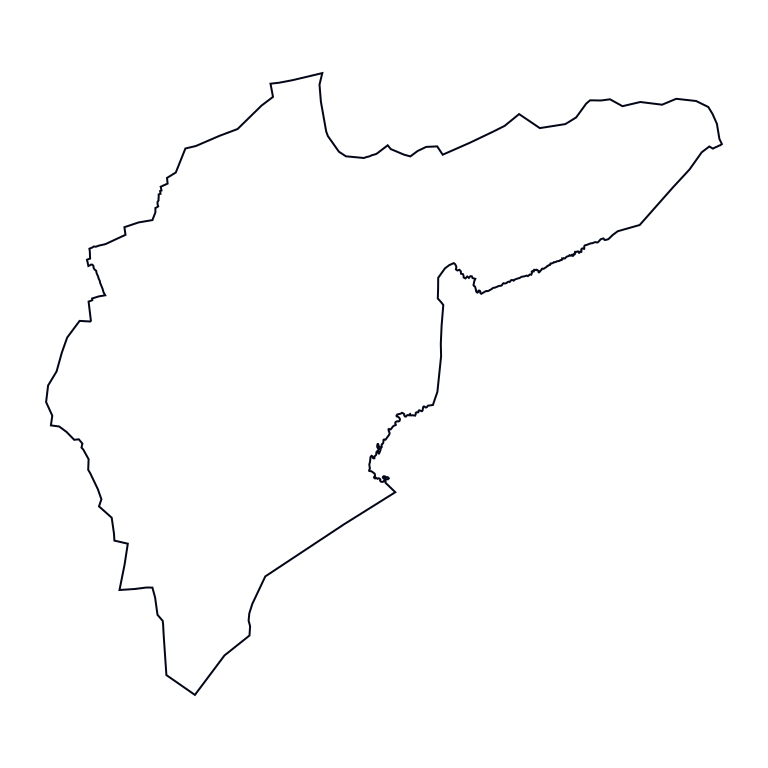 Kiyawa, Jigawa, Nigeria
{"feature_id": "59680162B95265909286240", "entity_name": "Kiyawa", "entity_type": "district", "adm_level": 2, "iso_a3": "NGA", "parent_name": "Nigeria", "parent_adm1": "Jigawa", "projection": "equal_earth", "projection_center": [9.668, 11.797], "detail": "fine", "context": "isolated", "style": "outline", "palette": "ink", "viewbox_px": 768, "rotation_deg": 0, "n_neighbors": 0, "source": "geoboundaries", "source_scale": "gbopen_adm2", "svg_char_len": 6061}
<svg xmlns="http://www.w3.org/2000/svg" viewBox="0 0 768 768"><path d="M395.3,492.2L385.5,482.8L385.6,479.5L385.9,479.0L386.6,479.3L388.0,479.2L388.8,478.4L388.4,477.7L387.6,477.2L385.6,477.0L385.0,476.4L383.8,476.2L383.0,476.8L382.8,477.4L383.2,478.0L384.2,478.3L384.5,479.0L383.9,481.2L383.0,481.8L381.9,481.9L381.2,481.7L380.5,481.3L380.1,480.5L380.4,479.7L380.1,479.1L379.2,478.4L378.3,478.3L377.6,478.8L376.2,477.9L375.5,478.4L374.7,478.3L374.0,477.5L374.2,476.8L375.0,476.5L374.9,474.5L374.6,473.6L371.5,471.3L369.3,471.0L369.1,470.2L369.9,468.6L369.3,464.5L370.0,461.9L370.1,460.5L370.3,459.4L370.5,457.1L371.5,455.8L372.2,456.1L372.7,457.6L373.1,458.1L373.9,458.4L374.4,458.3L374.5,458.0L374.3,456.9L374.4,456.5L375.7,455.4L376.1,454.8L376.3,454.2L376.4,452.4L376.5,452.0L377.6,450.8L377.9,450.7L378.1,451.0L378.1,451.9L378.4,453.1L378.7,453.5L379.1,453.5L380.4,450.4L380.6,449.1L380.3,448.7L378.8,449.2L378.2,448.8L378.0,448.1L377.4,447.5L377.2,446.5L377.3,444.9L377.7,444.0L378.0,444.0L378.8,446.3L380.4,447.4L381.4,447.6L381.7,447.2L381.6,444.8L381.9,444.2L382.6,443.8L383.1,443.1L383.4,441.9L383.5,439.9L384.2,439.4L385.1,439.8L385.6,439.6L389.0,434.9L389.5,433.9L389.6,433.0L388.8,431.1L388.5,429.6L388.6,429.1L389.1,428.9L390.2,429.5L391.0,429.1L393.0,426.4L394.2,425.6L395.7,425.1L395.8,424.7L395.3,423.5L395.3,422.7L395.5,422.2L396.6,421.4L397.3,421.2L398.1,421.5L398.9,421.3L399.5,420.9L399.9,420.0L399.9,419.1L399.6,418.3L398.4,417.0L397.7,416.6L396.9,416.5L396.5,416.0L396.6,415.4L397.3,414.5L401.1,413.5L401.9,412.8L402.4,412.9L404.2,414.1L404.3,415.6L405.2,416.6L405.8,416.6L407.0,415.4L407.5,415.1L409.3,415.3L409.7,414.2L410.1,414.0L410.4,415.0L410.9,415.4L411.3,415.5L411.9,415.2L415.2,415.6L415.7,414.0L415.8,412.9L416.5,412.3L418.1,412.4L418.4,412.1L418.5,411.1L418.8,410.6L419.2,410.3L421.8,411.2L422.3,410.9L422.6,410.3L423.2,407.0L423.7,406.5L424.6,406.6L425.5,407.5L426.8,407.2L427.9,405.7L432.9,405.0L437.4,391.8L441.1,356.2L440.8,343.6L441.6,325.7L443.3,305.0L440.8,301.8L437.8,298.5L438.1,289.0L438.2,277.8L445.0,268.3L449.3,265.1L453.8,263.1L455.3,264.4L456.4,266.9L455.9,269.4L457.4,270.5L459.4,269.8L460.8,271.3L461.0,273.7L463.0,274.2L463.5,275.5L463.7,277.5L465.4,278.4L467.2,276.5L468.9,277.9L470.3,276.2L471.8,276.3L472.6,278.1L475.3,278.8L474.3,281.1L473.5,285.1L474.0,286.0L475.0,286.5L475.9,289.7L476.2,291.6L477.2,292.6L478.1,292.2L478.4,290.8L479.0,290.5L479.5,290.7L480.0,291.0L480.3,291.5L480.2,292.4L480.6,293.3L481.3,293.8L485.7,291.2L486.4,291.0L487.0,291.2L488.6,290.8L491.7,289.0L493.1,287.9L495.0,287.6L499.1,285.9L500.9,285.8L501.8,285.3L503.0,283.5L503.6,283.2L504.4,283.5L505.7,283.3L506.5,283.1L507.4,282.1L508.7,281.7L509.6,282.0L511.2,280.1L512.5,280.2L513.0,280.0L513.7,280.6L514.1,280.3L514.3,279.9L514.8,279.6L516.7,278.8L519.6,278.0L521.5,276.8L524.1,276.4L526.7,275.6L527.9,276.1L529.9,274.5L531.3,274.7L531.9,273.0L531.7,271.9L532.0,271.4L532.7,271.0L533.4,271.5L533.8,271.4L533.9,270.3L534.2,269.8L534.7,270.1L536.6,269.7L537.2,270.3L537.5,270.2L538.4,270.9L538.8,271.5L538.6,271.9L538.6,272.2L538.9,272.4L540.0,271.5L540.3,270.9L541.4,269.9L541.9,268.9L542.4,268.6L543.6,268.8L546.4,267.0L547.6,265.8L548.1,265.8L549.1,265.1L549.8,265.0L550.1,264.8L550.4,263.6L550.7,263.4L551.3,263.6L553.2,262.8L553.8,262.4L554.0,262.1L554.7,262.3L556.4,261.7L557.1,261.2L559.1,261.0L560.4,260.1L560.8,260.3L562.0,259.7L562.1,259.4L562.2,258.6L562.7,258.9L563.4,258.2L564.3,258.5L565.2,258.2L565.5,257.7L566.7,256.7L568.7,256.0L569.4,255.3L569.9,255.7L570.6,255.7L570.8,255.4L571.8,254.8L572.6,254.9L572.5,255.8L572.9,255.9L573.3,255.1L573.6,254.9L573.7,254.3L574.4,254.6L574.8,254.2L574.9,253.8L575.0,252.9L574.9,252.2L575.1,251.8L575.5,251.9L575.5,252.6L576.2,251.9L577.9,251.4L578.1,251.8L578.8,252.1L579.1,252.8L579.4,252.7L579.7,251.9L580.0,251.7L580.4,251.6L581.1,252.0L581.4,251.8L581.4,251.3L581.3,249.3L582.3,248.4L584.1,248.9L584.3,248.4L584.2,246.8L584.3,246.2L584.7,245.5L585.1,245.3L586.8,244.9L590.5,243.4L592.4,243.2L593.7,242.6L595.7,242.1L597.1,242.5L597.7,242.4L598.3,241.9L600.7,239.3L602.5,238.6L603.5,238.5L604.5,239.9L605.3,240.0L608.3,239.2L612.8,234.9L617.8,231.2L639.7,225.0L673.1,187.2L689.5,169.5L701.7,152.3L709.3,146.5L712.9,148.6L715.2,147.4L717.1,146.7L718.8,145.7L720.0,145.4L721.9,144.1L719.4,138.9L716.9,123.8L712.5,113.9L708.3,107.0L696.1,101.0L676.2,98.8L662.1,104.7L640.3,102.0L622.5,106.2L610.0,99.3L601.0,100.5L590.1,100.3L586.2,103.6L576.2,117.4L565.3,124.1L539.8,128.1L519.1,114.1L504.6,125.9L492.6,131.9L469.3,143.0L442.7,154.7L437.2,146.4L426.2,146.9L417.6,151.0L410.4,156.4L404.1,154.7L390.8,149.1L387.7,145.3L377.0,153.5L375.6,154.2L372.3,155.1L369.0,156.5L366.6,157.0L363.9,158.0L345.9,156.3L338.9,151.7L327.9,136.1L326.2,131.5L320.9,101.7L319.5,84.6L322.3,73.1L292.4,80.2L279.3,82.7L270.5,83.7L273.0,96.9L261.5,105.6L237.6,129.0L219.3,135.9L195.9,146.0L185.4,148.5L175.8,172.5L167.0,177.9L167.6,183.6L160.7,186.7L161.5,190.5L160.1,191.0L160.5,193.8L158.7,194.4L158.7,197.2L158.5,198.6L158.6,200.3L157.6,201.8L157.5,204.1L158.2,206.4L156.5,207.5L155.4,208.0L155.4,212.4L152.4,220.1L138.7,222.4L124.4,227.2L125.5,234.8L106.4,243.7L104.4,244.4L99.3,245.5L95.9,246.7L93.9,246.5L92.3,247.5L89.4,248.7L89.8,251.2L90.1,258.6L87.0,259.7L88.4,266.0L90.0,265.3L90.9,264.6L92.4,264.7L93.4,265.9L93.6,267.8L94.6,269.6L96.1,270.7L96.7,273.4L98.1,276.5L98.6,278.4L99.8,281.0L100.1,282.8L102.6,288.9L103.5,292.2L105.2,295.3L98.8,296.4L92.1,298.5L92.3,300.2L88.6,301.6L90.9,320.8L90.2,321.5L79.6,320.9L67.2,337.5L61.8,352.7L56.6,371.4L48.1,385.5L46.1,402.1L52.3,415.7L50.9,425.4L59.2,426.5L66.6,432.0L74.2,439.8L78.8,439.3L82.4,443.6L81.5,447.6L83.3,449.6L88.6,459.2L88.2,469.8L90.3,473.4L97.9,489.3L101.4,499.3L99.0,506.4L111.7,517.7L114.0,533.7L114.4,540.6L127.8,543.7L124.6,564.5L119.5,590.0L134.6,589.0L146.5,587.5L152.4,587.6L155.1,597.5L157.5,614.8L162.7,620.9L163.1,624.4L163.7,635.6L166.4,675.1L194.9,694.9L224.5,655.4L249.5,635.5L250.1,626.2L248.6,620.7L249.3,613.4L252.3,603.9L265.3,576.4L344.0,524.3L395.3,492.2Z" fill="none" stroke="#020617" stroke-width="2"/></svg>